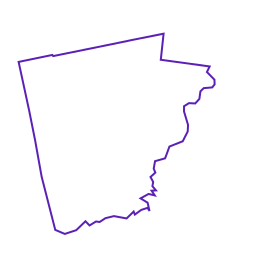 outline of Chariton, Missouri, United States of America, rotated 257°
{"feature_id": "52423323B63120007754805", "entity_name": "Chariton", "entity_type": "district", "adm_level": 2, "iso_a3": "USA", "parent_name": "United States of America", "parent_adm1": "Missouri", "projection": "equal_earth", "projection_center": [-93.062, 39.464], "detail": "fine", "context": "isolated", "style": "outline", "palette": "violet", "viewbox_px": 256, "rotation_deg": 257, "n_neighbors": 0, "source": "geoboundaries", "source_scale": "gbopen_adm2", "svg_char_len": 793}
<svg xmlns="http://www.w3.org/2000/svg" viewBox="0 0 256 256"><g transform="rotate(257 128 128)"><path d="M216.2,70.7L217.0,36.3L166.8,35.6L136.5,34.7L100.0,32.9L45.1,34.2L39.0,42.6L40.1,54.6L46.7,65.6L41.7,68.6L44.1,75.8L42.8,79.2L45.2,85.7L45.3,94.5L40.2,106.3L45.3,114.7L42.1,115.2L45.2,122.4L45.8,129.1L42.3,130.3L50.8,130.3L56.6,124.4L59.1,133.2L56.3,138.9L61.6,136.9L60.9,141.2L65.8,138.7L69.8,140.4L75.2,138.9L78.4,144.6L82.6,143.9L89.6,146.9L90.1,157.3L93.4,159.5L100.6,164.2L102.8,178.4L111.2,185.4L117.5,187.2L131.5,186.3L136.6,187.5L138.5,193.0L136.8,199.0L140.3,204.1L147.4,206.8L149.8,210.7L148.6,219.2L151.0,222.2L155.6,223.1L164.8,217.5L169.6,221.4L187.1,175.3L211.9,183.9L212.9,150.0L212.9,147.4L214.9,71.3L216.2,70.7Z" fill="none" stroke="#5b21b6" stroke-width="2"/></g></svg>